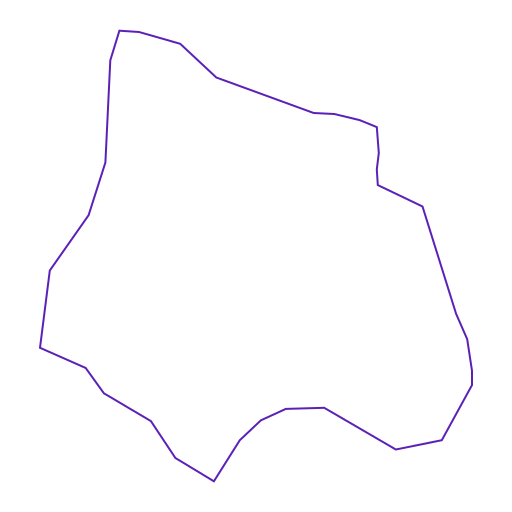 outline of Velenje
{"feature_id": "SVN-1001", "entity_name": "Velenje", "entity_type": "Municipality", "adm_level": 1, "iso_a3": "SVN", "parent_name": "Slovenia", "parent_adm1": "", "projection": "robinson", "projection_center": [15.138, 46.376], "detail": "fine", "context": "isolated", "style": "outline", "palette": "violet", "viewbox_px": 512, "rotation_deg": 0, "n_neighbors": 0, "source": "natural_earth", "source_scale": "10m", "svg_char_len": 513}
<svg xmlns="http://www.w3.org/2000/svg" viewBox="0 0 512 512"><path d="M119.4,30.7L139.0,32.0L180.2,43.8L216.3,77.5L313.6,113.0L334.2,114.0L359.6,120.1L376.8,127.1L378.8,153.0L376.8,169.4L377.8,185.1L422.5,206.5L456.1,313.8L467.2,339.2L472.0,370.8L472.0,385.1L441.8,440.2L395.8,449.5L324.2,407.8L285.8,408.9L260.9,420.3L239.8,440.2L213.9,481.3L175.4,458.0L150.9,421.1L103.9,393.3L85.7,368.0L40.0,347.8L49.8,270.5L88.6,215.2L105.4,162.5L110.3,60.3L119.4,30.7Z" fill="none" stroke="#5b21b6" stroke-width="2"/></svg>